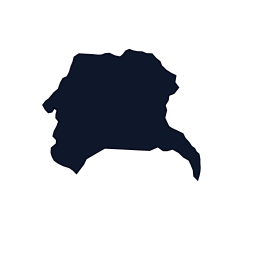 Moita Bonita, Sergipe, Brazil (Mercator projection), rotated 40°
{"feature_id": "56859067B54025844291619", "entity_name": "Moita Bonita", "entity_type": "district", "adm_level": 2, "iso_a3": "BRA", "parent_name": "Brazil", "parent_adm1": "Sergipe", "projection": "mercator", "projection_center": [-37.333, -10.599], "detail": "fine", "context": "isolated", "style": "filled", "palette": "ink", "viewbox_px": 256, "rotation_deg": 40, "n_neighbors": 0, "source": "geoboundaries", "source_scale": "gbopen_adm2", "svg_char_len": 1279}
<svg xmlns="http://www.w3.org/2000/svg" viewBox="0 0 256 256"><g transform="rotate(40 128 128)"><path d="M117.7,195.9L117.1,184.2L115.6,178.5L120.5,164.8L123.0,158.2L135.9,148.4L150.3,137.6L158.9,131.0L162.8,123.0L169.3,122.6L172.4,120.1L175.6,115.3L182.8,113.9L189.1,114.4L195.5,113.3L199.9,115.3L205.3,118.2L209.5,122.4L214.6,122.9L212.7,118.6L211.0,115.5L208.8,112.3L205.3,108.7L202.9,105.8L199.1,102.6L195.5,102.5L192.1,101.0L188.7,101.4L183.7,100.0L178.3,99.3L173.7,97.3L161.8,100.4L158.2,100.8L155.0,99.4L149.5,96.8L146.0,89.7L141.6,86.8L140.8,81.1L138.1,76.8L140.8,71.9L140.6,64.6L134.4,63.1L130.9,57.3L126.0,58.6L120.0,59.4L113.6,58.9L109.7,56.7L104.8,56.9L98.8,56.0L94.3,59.5L90.1,60.7L86.1,63.8L82.5,65.8L78.7,67.1L77.0,70.3L77.2,74.7L76.6,78.7L71.7,81.4L65.9,82.9L62.8,86.0L60.9,89.5L58.0,91.9L54.3,94.4L42.9,102.9L41.4,108.3L43.5,112.6L45.1,117.6L47.5,123.0L48.5,128.0L46.5,132.0L47.5,136.8L49.8,143.0L48.8,148.2L48.8,152.8L48.8,156.6L47.9,160.1L48.1,165.0L52.8,166.8L57.1,167.3L59.2,164.6L58.6,159.9L62.5,159.9L64.2,163.6L66.4,166.5L70.8,167.3L72.6,172.2L73.8,177.9L75.9,182.3L81.1,182.9L83.4,186.1L82.3,192.5L85.2,196.3L88.6,198.5L92.5,200.0L97.5,199.5L102.6,198.3L108.6,195.8L113.4,195.4L117.7,195.9Z" fill="#0f172a" stroke="#020617" stroke-width="1.5"/></g></svg>